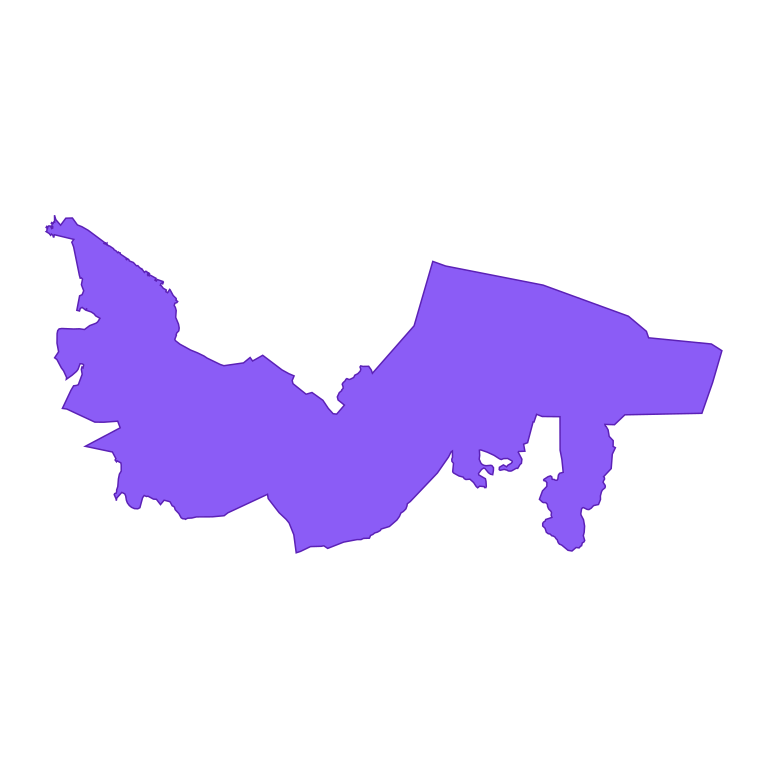 the district of Simojovel, Chiapas, Mexico
{"feature_id": "50627088B247169502667", "entity_name": "Simojovel", "entity_type": "district", "adm_level": 2, "iso_a3": "MEX", "parent_name": "Mexico", "parent_adm1": "Chiapas", "projection": "robinson", "projection_center": [-92.64, 17.147], "detail": "fine", "context": "isolated", "style": "filled", "palette": "violet", "viewbox_px": 768, "rotation_deg": 0, "n_neighbors": 0, "source": "geoboundaries", "source_scale": "gbopen_adm2", "svg_char_len": 6038}
<svg xmlns="http://www.w3.org/2000/svg" viewBox="0 0 768 768"><path d="M65.8,218.2L60.6,225.2L55.8,219.6L54.5,215.2L54.6,222.1L53.9,221.8L53.2,223.4L51.8,222.5L51.3,223.3L52.2,223.8L51.9,225.4L52.3,227.4L52.7,227.1L52.7,228.1L51.7,228.6L50.5,226.1L48.8,225.9L47.8,227.2L46.9,226.3L46.1,227.4L47.5,228.8L47.0,229.4L46.8,231.1L46.1,231.6L49.2,233.5L50.6,235.3L51.5,234.1L52.8,235.2L53.4,237.0L53.9,237.0L54.3,234.7L73.8,239.4L71.8,242.2L73.6,246.9L79.4,275.4L80.2,278.2L81.4,277.9L82.5,279.1L81.4,284.7L83.7,290.8L82.1,294.7L79.6,295.8L76.8,310.3L79.5,311.0L80.3,308.4L82.1,307.4L85.4,309.9L87.0,308.4L86.0,310.2L91.3,312.0L94.1,313.9L95.7,315.9L100.0,318.3L97.6,322.0L96.0,323.2L89.7,325.6L84.5,329.5L79.5,328.8L73.7,329.0L61.8,328.5L59.1,328.9L57.7,330.6L57.1,333.6L57.0,343.2L58.6,351.8L54.6,357.8L56.9,359.5L61.3,367.8L63.6,370.9L66.6,377.5L66.3,379.3L72.0,375.3L76.5,371.4L78.0,369.4L80.1,363.7L82.3,363.9L83.5,364.6L83.6,365.4L83.0,367.9L82.0,367.0L81.3,369.4L82.2,374.2L78.3,384.7L76.6,385.4L73.6,385.8L70.9,390.4L62.4,408.4L66.7,409.0L94.8,422.1L103.8,422.2L117.7,421.2L120.2,427.8L85.3,446.3L112.4,452.0L115.9,458.6L115.1,460.0L116.5,461.8L117.1,460.9L120.8,462.8L121.2,464.8L121.2,471.1L119.4,474.1L118.4,478.9L117.8,486.5L116.6,490.1L116.7,491.2L116.2,493.1L114.7,493.6L114.2,494.6L116.1,499.0L116.3,500.7L116.8,498.0L121.8,492.4L124.7,493.8L125.7,496.0L126.4,500.3L127.4,502.9L129.3,505.5L131.5,507.3L134.4,508.6L137.8,508.8L139.9,507.7L142.6,497.7L144.2,495.5L146.5,496.5L148.0,496.2L153.4,499.1L156.4,499.3L160.5,504.6L164.1,500.2L168.8,501.4L170.1,501.9L172.2,505.8L173.7,506.5L174.5,507.4L175.2,509.7L178.9,513.6L181.1,517.7L182.6,518.7L185.1,518.9L185.4,519.3L187.7,518.2L191.9,518.0L196.5,516.9L212.5,516.8L224.2,515.7L227.9,512.8L267.5,494.3L268.2,498.6L279.1,512.7L286.2,519.4L289.1,523.0L293.8,534.7L296.2,552.8L300.5,551.4L310.5,546.6L321.2,546.3L323.8,545.8L327.7,548.4L343.7,542.1L357.0,539.6L361.0,539.6L363.5,538.4L369.4,538.2L370.6,535.4L372.8,534.5L374.6,533.0L377.5,532.1L380.3,530.5L381.2,529.0L389.4,526.5L396.9,520.0L399.4,516.5L400.9,513.0L403.4,511.4L405.9,508.9L407.0,505.9L407.3,503.8L410.3,501.5L437.4,473.0L448.6,456.9L451.0,452.0L452.4,451.0L452.5,457.3L451.8,459.1L451.9,461.3L453.5,463.3L452.7,471.4L453.0,472.3L453.8,473.1L459.0,476.0L463.2,477.1L464.3,478.7L465.9,479.5L469.9,479.2L473.6,482.5L476.2,486.5L477.7,487.8L479.6,486.2L484.2,486.6L484.6,487.6L485.9,487.6L486.3,486.3L486.0,481.3L485.4,478.7L478.8,474.9L478.5,473.5L481.5,469.5L483.6,468.1L484.9,468.4L488.4,472.7L490.5,474.2L492.7,474.7L493.4,470.7L493.5,467.7L491.9,465.6L490.7,465.3L486.0,465.7L483.9,465.3L482.3,464.5L480.9,463.1L479.2,459.2L479.7,455.4L479.4,450.2L480.7,449.9L487.3,452.2L494.0,455.3L499.6,458.9L501.3,459.5L503.6,458.6L507.8,458.5L512.1,461.0L512.3,461.9L511.2,463.3L507.9,465.2L506.6,466.8L503.4,464.9L499.4,467.3L499.2,469.6L500.1,470.3L504.2,469.4L507.2,470.2L508.2,470.9L510.1,471.1L511.6,470.9L516.2,468.3L517.7,468.4L520.1,464.4L521.4,463.4L521.9,459.2L518.2,452.2L518.6,451.5L524.9,451.2L523.6,444.2L527.6,442.7L533.1,421.9L534.0,422.0L536.6,414.3L542.2,416.5L560.0,416.7L560.1,450.2L561.9,459.5L563.2,472.3L559.6,473.3L558.4,475.1L557.8,479.2L556.9,480.3L555.2,480.2L554.4,479.5L552.2,479.3L551.7,476.7L550.4,475.9L548.0,476.7L544.0,479.3L543.6,480.0L544.0,480.7L545.6,481.0L546.9,482.7L546.8,486.4L542.5,490.9L539.4,499.3L542.4,502.1L543.4,502.6L545.7,502.6L547.4,504.3L547.6,506.5L548.6,508.9L551.0,511.4L551.5,512.7L551.1,515.1L551.9,517.4L545.7,519.5L545.2,521.0L543.5,522.1L542.7,523.4L542.7,526.0L545.1,528.3L546.3,532.2L548.2,533.7L550.0,534.0L552.0,535.9L553.0,535.9L555.0,537.1L556.0,538.7L557.1,539.6L558.2,542.6L559.4,544.1L561.6,545.0L568.0,550.3L572.0,551.0L576.1,547.5L579.1,547.9L580.6,546.2L581.6,545.7L582.3,542.9L583.9,542.0L584.7,540.5L583.3,535.7L584.2,532.2L584.6,526.1L583.5,519.7L581.1,515.1L580.8,513.8L581.6,508.8L582.5,507.8L583.5,507.6L587.1,509.4L588.9,509.6L591.2,508.2L593.6,505.6L598.5,504.5L600.5,499.5L600.4,495.9L601.5,491.7L602.4,490.0L605.0,487.8L605.3,486.6L605.1,485.3L603.1,482.3L603.4,481.1L604.6,479.0L604.3,477.4L603.6,476.7L611.2,468.6L612.3,454.2L615.4,447.7L613.1,446.4L613.2,440.7L609.2,436.4L608.1,429.9L606.2,426.6L605.5,426.2L604.9,424.4L614.5,424.7L624.9,414.8L701.9,413.3L712.6,382.6L721.9,350.7L711.4,344.0L648.6,337.8L646.4,331.3L628.4,316.2L543.1,285.1L445.6,266.0L432.8,261.4L414.1,325.8L372.4,373.3L371.3,370.0L368.7,366.3L362.9,366.4L360.7,365.9L360.0,367.0L360.8,369.2L360.2,371.2L357.8,373.7L354.8,375.2L353.7,377.5L350.1,379.3L349.0,379.5L346.9,378.6L345.9,379.3L345.2,380.7L343.0,382.8L342.2,384.2L343.1,386.8L343.1,388.4L341.7,389.9L341.7,390.6L339.3,392.6L337.3,396.9L338.1,400.0L344.4,405.1L336.7,414.1L333.1,413.7L328.3,408.4L322.9,400.3L312.0,392.5L306.1,394.2L293.0,383.7L292.2,380.5L294.1,375.9L288.9,373.7L282.0,369.9L262.7,355.3L252.6,361.0L250.1,357.5L243.5,362.9L223.9,365.7L220.3,364.5L207.1,358.1L204.0,356.0L197.6,352.9L190.5,350.0L179.8,344.1L175.5,340.7L174.8,339.4L176.4,335.2L176.1,334.8L176.8,332.9L178.8,330.8L179.2,328.0L178.5,324.1L175.7,317.4L176.2,310.5L175.3,307.2L174.2,305.7L174.8,303.3L176.9,302.6L177.7,301.5L176.0,300.2L176.3,299.1L176.1,298.4L173.2,295.5L170.1,289.8L169.7,289.4L167.6,292.7L165.9,291.7L166.3,290.0L163.3,288.3L161.3,285.7L160.3,285.3L160.9,283.7L161.6,283.4L162.7,283.9L163.2,282.6L162.4,282.4L163.0,281.5L157.2,279.5L156.3,281.0L155.0,280.2L156.0,278.3L149.6,274.8L149.2,275.7L148.7,275.2L148.0,275.6L147.5,274.9L148.0,273.9L148.6,274.4L149.4,273.5L148.4,272.7L147.6,272.9L146.7,271.5L145.5,271.3L144.4,272.4L141.9,268.9L141.7,269.2L139.4,267.4L137.8,265.6L136.4,265.8L133.4,262.5L129.4,260.9L128.8,259.6L127.7,258.8L126.7,259.7L126.1,259.1L126.5,258.2L120.3,254.0L120.2,252.9L118.7,252.6L118.5,252.1L117.7,252.7L116.1,250.9L113.9,249.6L113.6,248.7L109.6,246.0L108.2,245.7L107.2,244.3L106.8,244.5L106.9,243.6L106.5,244.0L106.1,243.0L105.1,242.7L105.1,243.9L104.0,243.5L104.7,242.6L88.2,230.3L81.9,226.7L77.4,224.9L72.4,218.0L65.8,218.2Z" fill="#8b5cf6" stroke="#5b21b6" stroke-width="1.5"/></svg>